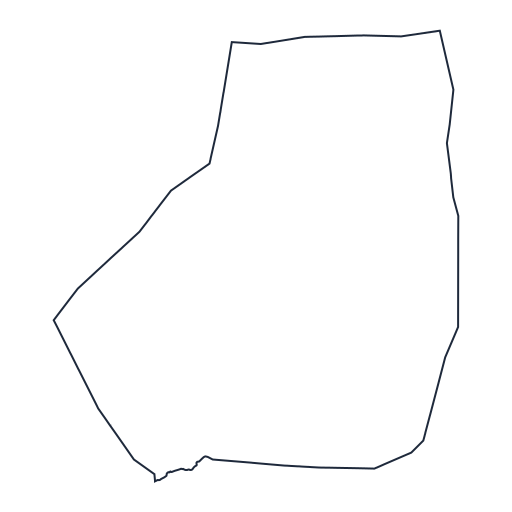 No'mrog, Dzavhan, Mongolia (Mercator projection)
{"feature_id": "93677404B73621846071454", "entity_name": "No'mrog", "entity_type": "district", "adm_level": 2, "iso_a3": "MNG", "parent_name": "Mongolia", "parent_adm1": "Dzavhan", "projection": "mercator", "projection_center": [96.871, 48.889], "detail": "fine", "context": "isolated", "style": "outline", "palette": "slate", "viewbox_px": 512, "rotation_deg": 0, "n_neighbors": 0, "source": "geoboundaries", "source_scale": "gbopen_adm2", "svg_char_len": 3292}
<svg xmlns="http://www.w3.org/2000/svg" viewBox="0 0 512 512"><path d="M231.8,42.1L223.6,92.4L223.5,92.6L220.7,109.7L220.7,109.9L220.3,112.5L220.2,112.7L218.0,126.0L210.6,158.6L210.5,159.4L210.0,161.4L209.8,162.4L209.5,163.6L189.3,177.7L188.8,178.1L185.2,180.6L171.0,190.6L159.5,205.5L159.1,206.1L155.3,211.0L154.3,212.4L152.5,214.7L152.4,214.9L151.7,215.7L151.3,216.2L145.6,223.8L145.1,224.4L139.4,231.8L123.3,246.6L120.9,248.9L120.6,249.1L110.1,258.7L109.4,259.4L98.1,269.8L77.8,288.6L69.5,299.4L58.3,314.1L53.7,320.2L57.2,327.0L70.5,353.5L70.7,353.8L78.5,369.4L78.6,369.5L95.2,402.4L96.7,405.4L98.2,408.5L99.9,410.9L106.0,419.6L110.2,425.7L110.3,425.7L110.3,425.8L116.1,434.0L133.9,459.5L154.2,474.0L154.4,474.1L155.0,480.6L155.0,481.3L155.2,481.2L155.5,481.1L155.9,480.9L156.8,480.5L157.3,480.1L157.9,480.0L158.0,480.0L158.4,480.1L159.1,480.1L159.7,480.0L160.1,479.8L160.3,479.6L160.5,479.5L160.8,479.2L161.1,479.0L161.5,478.8L162.4,478.3L162.8,478.1L164.0,477.5L165.2,476.7L165.6,476.4L165.9,476.2L166.4,475.8L166.6,475.0L166.7,474.2L166.8,473.5L167.1,473.2L167.4,472.9L167.8,472.5L168.4,472.2L168.6,472.2L168.8,472.3L169.0,472.4L169.4,472.3L169.5,472.3L169.7,472.2L169.9,472.0L170.0,471.7L170.4,471.5L170.7,471.6L170.8,471.7L171.0,471.9L171.2,472.0L171.5,472.0L172.0,471.9L172.3,471.8L172.9,471.5L173.3,471.4L173.9,471.1L174.0,471.1L175.1,470.7L178.2,469.8L180.0,469.2L180.5,469.0L180.9,468.8L181.3,468.8L181.5,468.8L181.8,468.9L181.9,469.0L182.3,469.1L182.6,469.0L182.8,469.0L183.1,468.9L183.6,469.1L184.1,469.5L184.6,469.7L185.6,470.0L186.6,470.0L187.6,469.9L188.1,469.6L188.6,469.5L189.0,469.5L189.6,469.8L190.3,470.0L191.3,469.9L191.7,469.8L191.8,469.7L192.0,469.6L192.5,469.1L193.0,468.6L193.5,467.7L194.1,467.1L194.5,466.7L194.8,466.4L195.7,465.9L196.4,465.5L196.5,465.4L196.7,465.0L196.7,464.6L196.6,464.3L196.6,464.1L196.5,463.6L196.5,463.1L196.5,462.7L196.7,462.4L197.2,461.9L197.3,461.9L197.8,461.7L198.3,461.6L198.9,461.6L199.4,461.3L200.5,460.2L201.3,459.4L202.2,458.5L202.9,457.9L203.3,457.5L203.6,457.2L204.5,456.7L205.0,456.5L205.3,456.4L206.0,456.5L206.8,456.7L207.6,456.9L207.9,457.0L212.7,459.5L228.5,460.8L251.7,462.7L252.3,462.8L254.7,463.0L257.9,463.3L284.6,465.6L287.4,465.7L288.7,465.8L289.1,465.8L290.1,465.9L297.3,466.3L298.0,466.3L300.1,466.4L300.8,466.5L307.9,466.9L308.5,466.9L309.9,467.0L311.2,467.1L318.5,467.5L321.5,467.6L322.3,467.6L329.4,467.7L330.1,467.7L339.7,467.9L340.4,467.9L345.5,468.0L346.3,468.0L357.2,468.2L357.3,468.2L361.8,468.3L362.3,468.3L374.4,468.6L376.2,467.8L376.8,467.6L378.1,467.0L379.3,466.5L383.1,464.8L383.5,464.6L411.3,452.6L423.3,440.6L424.5,436.2L424.8,434.9L425.2,433.6L425.3,432.9L430.0,415.2L430.1,414.9L438.5,383.0L438.7,382.2L445.2,357.3L455.4,333.4L458.1,327.0L458.1,322.4L458.2,254.3L458.2,250.9L458.2,250.5L458.2,245.0L458.2,244.9L458.2,243.7L458.2,243.1L458.2,242.4L458.2,241.8L458.2,239.3L458.2,238.8L458.3,215.9L453.3,197.3L451.1,178.2L451.0,175.7L450.9,175.4L450.9,174.6L450.8,173.6L450.7,172.7L446.9,143.1L449.7,124.5L453.4,89.7L439.8,30.7L401.2,36.4L363.4,35.4L362.0,35.5L361.8,35.5L358.7,35.5L341.3,36.0L341.2,36.0L334.7,36.2L334.0,36.2L325.5,36.4L318.3,36.6L317.8,36.6L307.7,36.8L306.4,36.9L305.4,36.9L304.7,36.9L267.8,42.9L266.9,43.0L260.8,44.0L231.8,42.1Z" fill="none" stroke="#1e293b" stroke-width="2"/></svg>